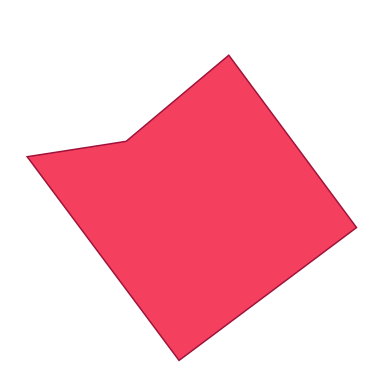 outline of Paso de los Indios, Chubut, Argentina, rotated 53°
{"feature_id": "61730980B85851407891039", "entity_name": "Paso de los Indios", "entity_type": "district", "adm_level": 2, "iso_a3": "ARG", "parent_name": "Argentina", "parent_adm1": "Chubut", "projection": "albers", "projection_center": [-68.882, -44.01], "detail": "fine", "context": "isolated", "style": "filled", "palette": "rose", "viewbox_px": 384, "rotation_deg": 53, "n_neighbors": 0, "source": "geoboundaries", "source_scale": "gbopen_adm2", "svg_char_len": 320}
<svg xmlns="http://www.w3.org/2000/svg" viewBox="0 0 384 384"><g transform="rotate(53 192 192)"><path d="M64.6,302.4L98.8,302.6L163.6,302.9L182.4,303.0L245.8,303.3L318.7,303.7L319.1,189.8L319.4,84.2L319.4,82.0L104.9,80.3L108.8,154.8L111.9,214.1L64.6,302.4Z" fill="#f43f5e" stroke="#9f1239" stroke-width="1.5"/></g></svg>